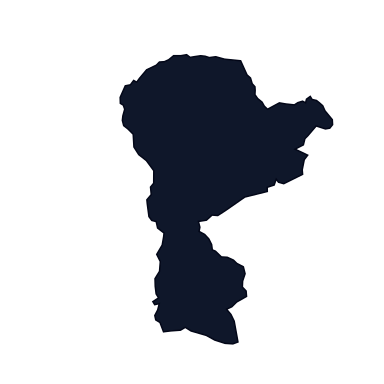 Três Forquilhas, Rio Grande do Sul, Brazil (Mercator projection), rotated 23°
{"feature_id": "56859067B63561064901677", "entity_name": "Três Forquilhas", "entity_type": "district", "adm_level": 2, "iso_a3": "BRA", "parent_name": "Brazil", "parent_adm1": "Rio Grande do Sul", "projection": "mercator", "projection_center": [-50.078, -29.445], "detail": "fine", "context": "isolated", "style": "filled", "palette": "ink", "viewbox_px": 384, "rotation_deg": 23, "n_neighbors": 0, "source": "geoboundaries", "source_scale": "gbopen_adm2", "svg_char_len": 1804}
<svg xmlns="http://www.w3.org/2000/svg" viewBox="0 0 384 384"><g transform="rotate(23 192 192)"><path d="M254.5,68.4L252.2,71.8L244.0,74.3L237.6,75.8L229.2,86.3L225.0,84.7L221.4,81.9L215.9,80.3L211.9,77.8L210.4,73.7L208.8,70.5L205.1,68.8L201.3,64.2L196.9,62.7L185.5,52.2L170.1,57.0L161.0,58.2L155.4,61.5L151.0,61.9L146.7,63.2L141.6,66.3L137.7,68.8L133.4,67.7L128.6,70.8L121.8,73.7L118.9,79.3L115.7,82.8L111.2,85.1L109.6,89.2L102.5,97.2L99.2,108.0L98.2,112.5L94.7,112.1L93.4,117.4L89.1,120.3L88.9,133.0L91.4,138.4L94.8,138.9L97.7,142.1L98.6,148.9L99.9,153.3L103.2,157.6L108.1,158.9L115.3,161.8L121.0,173.3L128.4,178.4L137.7,180.9L148.5,187.3L153.3,198.9L151.9,203.7L155.5,210.3L153.5,216.8L155.4,220.3L162.0,231.5L166.1,233.9L170.6,233.2L174.4,238.6L182.3,240.7L183.4,244.4L185.3,252.5L183.9,263.2L190.0,268.4L193.1,277.7L191.8,286.2L195.0,293.2L198.8,299.8L202.6,302.5L198.8,308.2L201.7,310.3L205.5,307.5L206.5,314.0L206.0,320.2L208.6,323.9L213.5,324.6L220.4,331.8L226.8,328.1L235.4,323.7L238.7,319.2L245.4,320.3L261.2,318.4L270.8,319.4L281.6,318.4L289.0,315.8L292.9,312.1L281.3,294.4L275.7,289.5L269.6,286.4L273.5,282.1L276.1,275.8L283.0,266.8L280.5,262.0L275.5,259.8L273.4,254.2L272.8,246.5L268.5,240.8L261.1,240.2L256.8,238.5L250.0,238.3L244.4,240.3L236.7,237.3L233.3,237.3L230.6,232.7L225.8,228.6L220.2,226.1L213.9,225.5L213.0,221.3L209.4,216.6L216.3,212.3L219.5,205.4L224.9,203.6L229.9,196.2L242.6,176.0L261.1,162.1L259.4,158.3L264.9,153.5L264.5,147.3L267.8,149.2L273.2,148.5L286.9,132.5L284.8,128.5L282.7,118.4L284.1,112.9L270.1,112.3L276.1,105.1L275.1,98.8L276.6,95.1L280.5,82.7L290.2,81.8L293.9,79.4L295.1,75.1L292.9,70.6L282.7,65.3L278.6,61.5L274.4,60.1L270.8,59.1L266.4,59.9L263.5,57.8L261.1,61.8L261.7,65.5L258.3,65.2L254.5,68.4Z" fill="#0f172a" stroke="#020617" stroke-width="1.5"/></g></svg>